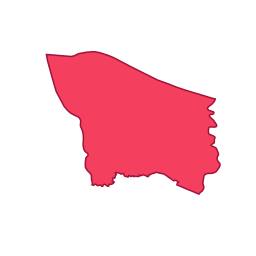 Phu Tan, Cà Mau, Vietnam (Equal Earth projection), rotated 106°
{"feature_id": "81297802B51702434363712", "entity_name": "Phu Tan", "entity_type": "district", "adm_level": 2, "iso_a3": "VNM", "parent_name": "Vietnam", "parent_adm1": "Cà Mau", "projection": "equal_earth", "projection_center": [104.939, 8.879], "detail": "fine", "context": "isolated", "style": "filled", "palette": "rose", "viewbox_px": 256, "rotation_deg": 106, "n_neighbors": 0, "source": "geoboundaries", "source_scale": "gbopen_adm2", "svg_char_len": 4848}
<svg xmlns="http://www.w3.org/2000/svg" viewBox="0 0 256 256"><g transform="rotate(106 128 128)"><path d="M167.4,39.0L166.7,38.9L165.2,38.6L163.9,38.8L163.1,39.3L160.9,40.6L158.6,41.2L155.9,41.4L154.1,41.7L153.1,41.7L152.3,41.5L151.6,41.2L151.2,40.9L150.7,40.3L150.0,39.3L149.5,38.3L148.7,35.5L147.4,33.1L146.2,31.8L145.4,31.2L143.6,30.4L140.8,29.5L139.6,29.3L138.7,29.3L137.4,29.6L136.9,29.9L136.4,30.5L135.6,31.7L134.8,32.7L134.1,33.4L132.9,34.0L132.0,34.1L130.9,34.1L129.0,33.7L128.1,33.8L127.4,34.2L125.0,36.0L123.7,37.1L123.1,37.7L122.9,38.1L122.7,38.7L122.5,40.0L122.3,41.6L122.1,42.5L121.9,42.9L121.6,43.3L121.3,43.4L121.0,43.3L120.2,42.7L119.5,41.8L118.9,41.3L118.5,41.1L118.1,41.1L117.7,41.1L116.5,41.5L115.4,41.8L114.3,41.7L113.4,41.7L112.9,41.9L112.6,42.2L112.4,42.6L112.2,43.5L112.1,44.0L111.9,45.0L111.7,47.5L111.4,48.3L111.1,48.7L110.5,49.2L109.7,49.6L107.7,50.1L106.4,50.4L105.2,50.2L104.7,49.9L104.4,49.4L104.1,48.5L103.7,46.6L103.1,44.7L102.7,43.9L102.3,43.6L102.0,43.4L101.5,43.4L100.9,43.6L100.3,44.0L98.6,45.9L97.1,47.8L96.6,48.6L95.7,50.5L94.9,52.0L94.2,53.0L93.6,53.2L93.1,53.3L92.9,53.1L92.5,52.6L91.6,50.8L91.2,50.1L90.8,49.7L90.2,49.6L89.6,49.6L89.2,50.0L88.9,50.6L88.8,51.6L88.8,53.8L88.7,54.8L88.5,55.4L88.2,56.0L87.8,56.7L87.4,57.0L87.0,57.0L86.5,56.9L85.7,56.7L84.9,56.2L83.9,55.4L82.1,54.0L79.9,52.9L78.3,52.3L76.8,52.1L76.0,52.1L76.2,55.1L75.8,83.4L75.4,92.2L74.6,100.1L73.7,113.1L70.9,128.2L68.1,143.3L64.6,159.8L64.1,163.0L63.7,167.0L63.4,174.5L63.5,177.3L63.8,180.5L64.4,183.0L66.7,189.0L70.1,195.9L73.4,199.6L74.9,202.2L79.8,226.7L85.3,224.0L99.0,215.7L112.7,207.1L123.2,196.9L124.1,196.1L125.2,194.8L126.7,192.5L127.9,190.6L128.8,188.6L129.5,187.1L130.0,184.9L130.3,183.6L130.7,181.2L131.0,179.7L131.2,178.7L131.6,177.8L131.9,177.3L132.2,177.1L133.0,176.2L134.3,175.4L135.8,175.1L137.3,174.8L138.6,174.5L139.7,173.9L141.8,172.2L143.2,171.1L144.7,170.2L146.8,169.2L149.2,168.4L151.0,167.8L152.8,167.4L155.7,166.8L157.7,166.1L158.9,165.5L160.4,164.7L161.4,163.9L162.2,162.9L162.9,161.7L163.4,160.2L163.6,159.8L163.9,159.5L164.5,159.1L165.1,159.0L165.9,159.0L167.1,159.7L167.7,160.0L168.4,160.2L169.6,160.0L172.1,159.7L175.1,158.9L176.8,158.4L177.6,158.1L178.3,157.4L179.2,156.4L180.3,155.0L181.5,152.8L182.0,151.9L182.5,151.2L183.0,150.6L183.5,150.2L185.0,149.7L187.3,149.0L188.1,148.6L190.4,147.3L191.8,146.7L192.4,146.6L192.5,146.7L192.5,146.2L192.6,145.9L192.6,145.7L192.5,145.3L192.4,145.1L192.1,144.9L191.2,144.3L191.0,144.1L191.0,143.7L191.0,143.4L191.0,143.1L191.5,142.1L191.7,141.8L191.7,141.4L191.7,141.1L191.6,140.8L190.6,139.4L190.4,138.9L190.4,138.7L190.9,137.8L191.2,137.3L191.3,137.0L191.3,136.8L191.2,136.5L191.0,136.3L190.9,136.2L190.1,136.1L189.4,136.0L188.9,135.6L188.7,135.3L188.6,134.9L188.6,134.5L188.8,133.9L189.5,132.0L189.5,131.5L189.5,131.1L189.4,130.8L189.3,130.6L189.1,130.5L188.8,130.5L188.0,130.5L187.7,130.6L187.4,130.5L187.2,130.4L187.1,130.1L186.8,128.9L186.5,128.2L186.1,127.7L185.2,126.9L184.5,126.5L184.1,126.4L183.9,126.4L183.7,126.5L183.5,126.9L183.5,127.1L183.7,127.6L183.8,127.8L183.9,128.1L183.8,128.3L183.7,128.5L183.2,128.5L182.9,128.4L182.6,128.2L182.4,128.2L182.1,128.2L181.8,128.3L180.7,128.9L180.5,129.0L180.3,128.9L180.1,128.6L179.9,127.3L179.9,127.1L179.7,126.9L179.4,126.8L178.7,126.9L177.5,126.9L176.5,126.7L176.1,126.5L175.9,126.5L175.6,126.6L174.9,127.7L174.7,127.9L174.3,127.8L174.3,127.7L174.2,127.5L174.0,127.2L173.9,126.6L173.9,125.8L173.8,123.9L173.8,123.5L173.9,123.1L174.1,122.4L174.2,121.9L174.1,121.7L174.0,121.4L173.4,120.7L173.2,120.3L173.2,119.9L173.3,119.5L173.5,119.3L174.7,118.6L175.0,118.2L175.2,117.8L175.2,117.4L175.2,116.6L175.1,116.1L175.1,115.5L175.2,114.7L174.9,114.2L174.6,114.2L174.4,114.2L173.7,114.3L173.5,114.2L173.3,114.0L173.2,113.7L173.3,113.4L173.4,113.2L173.7,112.8L173.8,112.4L173.9,111.9L173.8,111.6L173.5,111.1L173.3,110.8L172.7,110.5L172.5,110.2L172.5,109.6L173.0,109.3L173.1,109.0L173.1,108.7L172.9,108.5L172.6,108.1L172.4,107.9L172.3,107.5L172.3,107.0L171.8,104.8L171.6,104.3L171.3,104.0L171.2,103.8L171.0,103.7L170.8,103.7L170.2,104.1L170.1,103.6L170.1,103.2L170.2,102.6L170.2,102.3L170.0,101.9L169.7,101.5L169.3,101.1L169.0,100.8L168.8,100.3L168.8,99.7L168.9,98.4L169.3,96.4L169.4,96.1L169.3,95.9L169.2,95.5L168.9,94.9L167.5,95.2L167.5,94.7L167.3,94.4L167.0,94.0L166.4,93.6L165.4,92.5L165.0,92.0L164.8,91.6L164.6,91.2L164.6,90.9L164.5,90.7L162.8,88.8L162.7,85.3L162.5,82.7L162.5,82.2L162.4,81.7L162.4,80.8L162.7,79.5L163.1,78.3L163.7,76.5L164.2,75.3L165.2,72.2L166.2,69.5L165.9,69.2L165.6,68.9L165.4,68.6L165.3,68.1L165.3,67.5L165.4,66.7L165.7,65.7L166.2,64.5L167.2,65.3L167.6,65.4L168.7,65.4L169.2,65.3L169.4,63.4L169.9,59.6L170.4,55.7L170.9,50.9L171.2,48.0L171.7,44.1L172.0,42.1L172.0,41.6L171.8,41.5L170.7,41.1L169.6,40.4L168.6,39.7L167.7,39.1L167.4,39.0Z" fill="#f43f5e" stroke="#9f1239" stroke-width="1.5"/></g></svg>